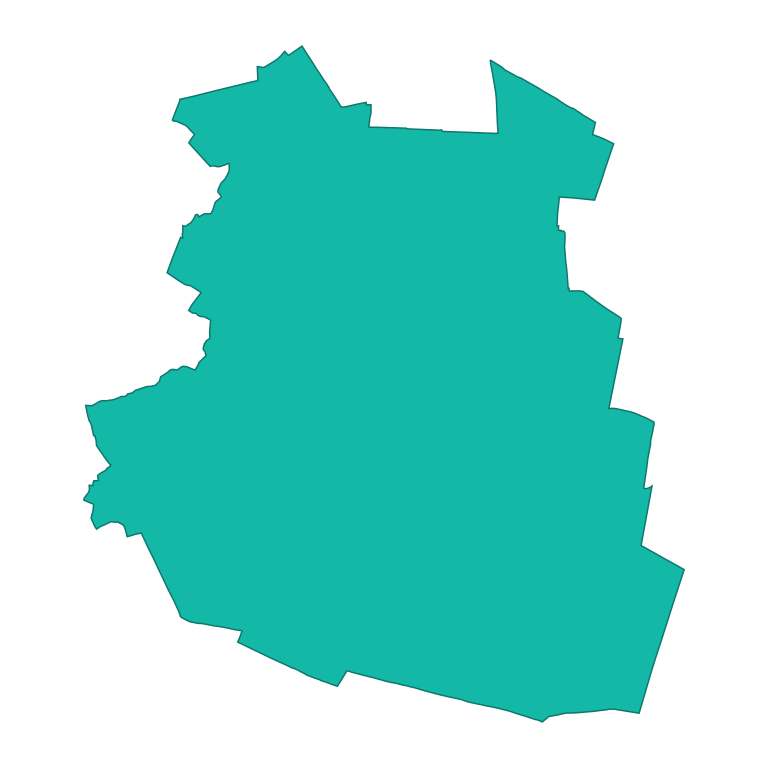 Dumbraveni, Vrancea, Romania
{"feature_id": "2599482B91925351810822", "entity_name": "Dumbraveni", "entity_type": "district", "adm_level": 2, "iso_a3": "ROU", "parent_name": "Romania", "parent_adm1": "Vrancea", "projection": "mercator", "projection_center": [27.087, 45.55], "detail": "fine", "context": "isolated", "style": "filled", "palette": "teal", "viewbox_px": 768, "rotation_deg": 0, "n_neighbors": 0, "source": "geoboundaries", "source_scale": "gbopen_adm2", "svg_char_len": 6032}
<svg xmlns="http://www.w3.org/2000/svg" viewBox="0 0 768 768"><path d="M684.2,569.6L682.4,568.6L662.6,557.6L641.1,545.5L652.0,486.0L649.9,487.5L646.0,488.8L643.8,488.1L644.1,485.3L646.7,468.0L647.8,458.6L649.0,452.4L650.1,446.7L650.5,444.6L650.6,441.5L651.0,438.6L652.5,432.3L653.0,430.0L653.1,428.2L654.0,424.8L654.1,423.5L653.9,422.0L645.8,417.8L641.9,416.3L639.4,415.1L634.9,413.2L630.0,411.7L624.7,410.6L621.0,409.7L616.1,408.7L612.6,408.3L608.8,408.6L622.9,338.9L618.1,338.2L618.4,336.1L620.6,324.1L621.0,320.9L621.2,318.8L620.6,317.8L613.9,313.4L607.4,309.3L605.2,307.8L596.4,301.5L582.9,291.3L580.9,291.3L580.3,290.9L569.1,291.0L569.0,288.2L568.1,288.2L567.9,284.0L567.6,280.6L567.1,274.0L566.5,267.3L566.1,264.1L565.8,262.8L565.5,258.4L564.7,248.5L564.6,246.7L564.7,243.9L564.9,241.3L565.1,237.1L564.9,235.3L564.9,234.3L565.0,233.7L564.8,232.7L564.4,232.0L563.9,231.2L561.2,231.0L561.2,230.5L558.5,230.3L558.6,225.9L556.9,225.9L557.3,220.1L557.4,216.4L557.8,211.1L557.9,210.6L558.0,209.7L558.8,202.9L559.3,197.0L573.2,197.9L594.6,200.1L602.6,177.0L605.0,169.3L608.5,158.9L611.9,148.8L613.7,143.8L603.4,138.7L599.1,137.0L594.6,135.3L592.5,134.6L594.7,125.6L595.2,123.2L595.5,122.5L582.7,114.9L580.9,113.5L573.2,108.4L571.7,108.1L569.9,107.3L565.2,104.6L560.3,101.4L557.0,99.0L544.7,92.0L539.0,88.4L522.7,79.1L520.1,77.8L517.1,76.7L509.9,72.6L505.7,70.4L503.7,68.9L502.1,67.3L498.3,64.9L490.7,60.3L490.2,60.6L493.6,79.9L494.0,82.2L495.7,92.2L496.4,99.6L496.6,104.1L496.8,109.7L497.5,125.3L498.0,131.7L498.2,133.3L495.6,133.4L483.9,133.0L480.1,132.8L442.5,131.4L441.5,129.8L439.1,130.2L438.4,130.2L435.1,130.0L408.0,128.9L407.2,128.9L406.8,128.5L406.4,128.2L397.1,127.9L377.8,127.3L369.3,127.2L368.9,127.1L368.8,126.8L369.0,125.6L369.1,123.6L369.5,121.9L369.8,118.7L369.8,117.5L370.7,114.7L371.0,112.5L371.0,104.8L370.4,104.7L366.5,104.9L366.3,104.4L366.1,102.4L356.5,104.3L344.7,107.0L342.7,107.1L341.2,106.8L340.5,105.8L333.3,94.6L329.6,89.2L329.1,87.8L327.7,85.5L324.5,80.9L323.4,79.4L321.1,75.7L315.9,68.0L313.0,63.2L307.2,54.3L302.0,46.1L288.9,55.2L288.3,55.3L284.7,51.3L280.7,56.1L277.6,58.9L275.0,60.7L271.5,62.9L264.4,67.1L262.8,67.5L259.0,66.7L257.3,66.7L257.5,71.7L257.9,80.6L251.6,81.9L235.3,85.9L212.7,91.4L192.6,96.5L179.9,99.3L179.8,100.0L179.2,102.4L176.1,110.2L172.4,120.0L172.6,120.4L173.6,121.0L174.5,121.2L176.5,121.3L181.0,123.3L185.0,125.1L186.1,125.8L187.8,127.2L189.9,129.7L193.5,133.4L194.6,134.3L194.3,134.8L191.7,138.3L190.4,140.2L188.8,142.9L203.8,159.4L208.1,164.1L209.1,165.1L210.1,166.4L212.0,165.9L214.4,166.0L217.0,166.6L218.8,166.7L220.0,166.5L224.4,165.1L228.5,163.4L229.1,163.9L229.3,167.5L229.0,171.4L227.1,175.5L225.0,179.0L223.4,180.7L221.0,183.2L220.1,185.1L218.3,189.2L218.0,190.4L217.9,191.2L218.2,192.5L220.2,194.8L221.3,196.3L221.4,197.0L218.0,199.9L216.3,201.2L215.1,202.8L214.6,204.2L214.2,205.8L213.4,208.1L212.6,210.6L210.6,213.9L207.2,213.8L205.9,214.0L204.7,213.7L201.9,215.1L199.1,216.9L198.4,215.6L197.1,214.4L195.6,214.8L194.9,216.5L193.4,219.3L191.0,222.6L185.5,226.3L182.8,225.7L182.8,232.7L182.2,233.7L182.7,237.9L182.7,238.1L180.6,237.3L179.5,240.3L172.1,259.0L167.1,272.7L179.1,280.9L185.2,284.6L188.2,285.4L190.5,285.7L201.2,292.5L191.9,304.8L188.7,310.5L190.4,311.7L191.9,312.5L192.9,313.1L194.9,313.1L196.3,313.7L197.4,314.6L197.9,315.3L199.3,316.0L200.7,316.5L204.1,316.7L209.2,319.3L210.6,320.3L209.6,332.0L209.9,338.2L206.4,340.8L204.3,344.0L203.7,346.2L203.3,348.2L203.3,349.7L204.8,351.5L205.2,352.2L206.0,355.8L203.0,358.5L200.8,360.8L199.1,362.4L198.2,364.7L195.1,370.1L191.1,368.5L187.0,366.8L183.6,366.2L181.2,367.0L177.2,370.1L174.5,369.5L171.4,369.5L169.6,370.4L168.1,372.0L165.6,373.7L160.6,376.8L159.6,380.9L158.1,382.8L155.2,385.4L150.3,386.4L147.6,386.4L145.7,386.9L135.3,390.4L132.9,392.5L131.3,393.2L127.9,393.8L126.0,396.0L123.6,396.5L121.5,396.5L115.3,399.1L112.0,400.0L108.9,400.3L106.0,400.9L104.1,400.6L101.0,400.9L98.4,402.0L94.3,404.5L91.0,406.0L89.7,405.6L85.7,405.4L87.7,415.6L89.3,421.0L89.9,421.8L90.7,423.3L91.4,425.1L93.2,433.6L93.6,435.5L94.0,435.9L94.9,435.8L95.1,436.2L95.3,437.5L96.1,440.1L96.1,441.2L96.4,443.0L96.3,443.6L96.5,445.5L97.5,447.1L99.2,449.6L101.6,453.0L103.9,456.4L107.9,461.9L110.7,465.4L110.8,465.6L109.8,466.5L106.8,468.5L106.9,469.0L105.7,470.3L101.9,472.4L100.4,473.3L99.7,473.8L98.1,475.0L97.7,475.6L97.6,475.9L98.2,479.2L98.3,480.6L93.8,480.8L93.0,483.2L93.2,485.4L89.2,485.3L89.4,489.4L89.2,490.9L88.1,493.0L86.0,495.8L84.3,498.0L83.8,499.7L84.0,500.2L86.4,501.2L90.2,502.9L91.9,503.5L93.1,504.1L93.6,504.4L93.6,505.7L92.8,511.8L92.2,513.5L91.7,515.2L91.5,516.7L91.1,518.2L94.8,526.4L96.2,528.6L96.6,529.1L100.5,526.5L104.4,524.9L110.8,521.7L115.3,522.2L117.7,522.0L122.6,524.6L123.9,525.8L125.6,530.3L125.7,530.8L126.7,534.7L126.8,535.7L127.3,536.7L131.7,535.4L135.7,534.2L139.5,533.5L141.2,532.9L149.2,549.9L153.4,558.3L157.6,567.2L165.7,584.3L166.9,587.0L167.6,588.4L171.0,595.2L174.1,601.1L174.8,602.8L176.9,607.3L178.3,610.3L179.4,613.2L180.0,615.0L180.4,616.5L181.4,617.4L182.9,618.3L189.6,621.7L198.3,623.4L201.6,623.5L206.2,624.3L213.3,625.7L221.6,626.9L228.3,628.2L234.4,629.6L241.8,630.7L242.1,631.2L241.6,632.4L241.2,633.1L240.2,636.2L237.7,642.1L252.6,649.3L270.7,658.0L283.2,663.7L292.1,667.9L294.7,668.7L298.0,670.2L300.2,671.4L304.8,673.8L306.7,675.0L313.1,677.5L319.7,679.8L321.1,680.6L326.1,682.2L333.6,685.0L337.4,686.3L346.9,670.9L349.2,671.2L351.1,672.0L359.4,674.2L366.2,676.0L373.7,677.8L386.6,681.4L390.9,682.4L396.7,683.4L397.7,683.7L402.7,685.1L407.4,685.9L410.5,686.9L414.8,687.8L421.6,689.9L430.0,692.2L440.0,694.8L448.5,696.8L457.1,698.6L461.3,699.6L466.5,701.4L469.0,702.1L471.5,702.7L477.6,704.0L481.1,704.6L485.5,705.7L489.2,706.4L490.9,706.7L498.6,708.3L499.9,708.7L509.1,711.0L515.8,713.3L525.9,716.4L535.2,719.5L537.3,719.8L542.4,721.9L548.7,716.6L559.6,714.5L565.6,713.1L572.1,713.0L578.8,712.6L592.7,711.4L607.6,709.6L608.8,709.2L614.2,709.2L639.1,713.2L651.2,672.1L655.8,657.3L662.0,638.4L673.5,602.2L684.2,569.6Z" fill="#14b8a6" stroke="#0f766e" stroke-width="1.5"/></svg>